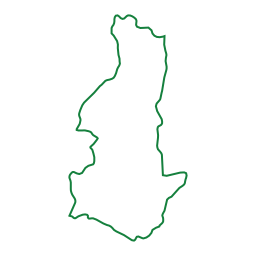 an SVG outline of Sagarmatha
{"feature_id": "NPL-1133", "entity_name": "Sagarmatha", "entity_type": "Administrative Zone", "adm_level": 1, "iso_a3": "NPL", "parent_name": "Nepal", "parent_adm1": "", "projection": "robinson", "projection_center": [86.603, 27.261], "detail": "fine", "context": "isolated", "style": "outline", "palette": "green", "viewbox_px": 256, "rotation_deg": 0, "n_neighbors": 0, "source": "natural_earth", "source_scale": "10m", "svg_char_len": 2704}
<svg xmlns="http://www.w3.org/2000/svg" viewBox="0 0 256 256"><path d="M128.1,15.4L130.2,15.5L132.4,16.4L134.5,17.8L136.0,19.3L136.5,20.9L136.1,24.9L137.0,26.7L140.4,28.0L148.4,27.6L151.5,30.3L152.5,33.5L154.4,35.7L156.8,36.9L159.7,37.2L163.1,36.6L164.5,36.1L164.5,36.3L164.2,44.7L165.4,50.7L166.2,53.4L166.4,54.7L166.4,55.4L165.9,58.0L165.6,61.1L166.6,66.6L166.6,68.4L166.4,69.8L164.3,77.5L162.1,90.9L161.6,92.8L160.5,98.1L160.1,99.5L158.8,101.1L156.7,103.5L156.4,104.3L155.9,106.3L157.2,111.1L161.7,119.2L162.1,121.4L162.1,123.2L161.7,124.1L161.1,124.9L160.3,125.4L159.3,125.9L158.4,126.4L157.8,127.2L157.4,129.2L158.1,135.2L158.0,137.6L157.1,145.7L157.4,147.6L158.0,149.3L160.2,151.8L161.4,153.4L161.9,154.9L162.9,175.2L166.7,175.8L180.2,172.6L184.2,172.4L186.1,173.2L186.6,175.6L186.0,178.3L185.6,179.2L185.0,182.0L184.9,182.9L184.2,184.4L182.6,185.8L179.4,187.9L171.5,196.7L168.9,197.9L167.1,199.6L164.5,210.7L162.9,213.6L162.3,215.3L162.6,216.6L163.0,217.6L163.2,219.0L163.2,220.6L163.1,221.7L162.2,223.1L159.6,225.5L159.3,226.5L156.1,227.7L152.5,229.9L151.4,232.9L149.2,235.6L146.4,237.5L143.5,238.4L142.4,238.2L138.4,236.5L136.8,236.8L136.0,238.1L135.2,239.7L134.0,240.6L131.9,240.2L124.0,235.1L116.3,231.4L114.0,229.9L112.5,228.1L110.9,226.6L109.1,225.6L106.9,225.0L103.4,223.5L96.4,219.6L93.0,218.3L92.0,218.3L89.6,218.6L88.7,218.5L87.9,217.6L87.9,215.7L87.1,214.8L85.1,214.4L82.7,214.7L78.4,216.3L75.8,218.0L75.0,218.3L73.9,218.0L73.2,217.5L72.6,216.8L71.9,216.4L70.1,215.9L69.4,215.8L69.4,215.7L69.6,215.4L74.9,203.4L75.3,202.3L75.4,201.0L75.1,199.4L74.5,198.2L72.4,194.9L71.7,193.4L71.2,191.9L70.9,190.6L70.8,189.2L70.8,182.5L70.5,180.8L69.5,178.0L69.4,177.2L69.5,176.3L69.7,175.5L70.2,174.5L71.8,172.6L72.8,172.0L73.8,172.0L76.8,173.4L78.3,173.8L79.4,174.0L82.1,172.9L85.4,167.9L88.4,165.8L93.2,164.3L93.9,163.1L94.3,161.1L94.3,157.2L93.4,153.4L92.4,150.0L91.9,149.3L91.4,148.7L90.8,148.2L90.4,147.6L90.5,146.8L93.6,144.0L97.0,139.6L97.7,138.4L97.4,137.9L96.9,137.4L93.3,135.2L92.8,134.7L92.0,133.7L91.3,132.5L90.3,131.8L88.6,131.2L84.9,130.4L78.6,130.5L76.7,130.0L76.7,129.1L79.7,123.9L80.2,121.7L80.5,120.1L80.4,118.9L79.3,116.0L79.1,115.0L79.1,114.0L79.4,112.8L80.4,109.8L82.3,105.3L84.1,102.6L94.2,92.7L99.9,86.1L101.6,84.8L105.3,80.9L106.1,80.5L107.1,80.1L109.6,79.6L112.2,78.7L113.7,77.7L114.9,75.9L116.1,73.1L117.2,69.2L118.1,67.3L119.0,66.0L119.5,64.9L119.9,63.6L119.6,61.4L119.5,58.6L118.5,54.9L117.8,48.1L117.9,44.5L117.1,41.1L113.7,35.6L111.6,33.4L111.6,30.3L111.6,28.0L112.3,26.4L113.3,25.1L114.1,23.3L114.4,21.3L114.4,19.2L114.8,17.2L115.8,15.7L117.6,15.4L119.2,16.5L120.7,18.1L122.5,18.9L124.2,18.5L126.7,16.1L128.1,15.4Z" fill="none" stroke="#15803d" stroke-width="2"/></svg>